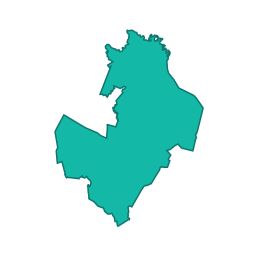 Rugāju pag., Rugaju, Latvia, rotated 107°
{"feature_id": "27541924B16016350792540", "entity_name": "Rugāju pag.", "entity_type": "district", "adm_level": 2, "iso_a3": "LVA", "parent_name": "Latvia", "parent_adm1": "Rugaju", "projection": "albers", "projection_center": [27.003, 57.014], "detail": "fine", "context": "isolated", "style": "filled", "palette": "teal", "viewbox_px": 256, "rotation_deg": 107, "n_neighbors": 0, "source": "geoboundaries", "source_scale": "gbopen_adm2", "svg_char_len": 5773}
<svg xmlns="http://www.w3.org/2000/svg" viewBox="0 0 256 256"><g transform="rotate(107 128 128)"><path d="M54.3,172.5L55.1,172.6L56.0,173.3L56.7,173.4L58.1,172.8L60.3,169.3L60.7,169.3L60.4,169.9L61.0,170.0L60.9,170.3L61.4,170.9L62.0,171.1L62.8,170.5L63.0,170.0L63.5,169.6L63.3,169.4L65.7,168.8L65.6,167.9L65.9,167.6L66.2,167.2L68.2,166.6L68.3,166.3L68.2,165.7L68.2,164.0L69.0,163.0L68.9,162.9L69.0,161.8L73.8,165.8L74.2,165.5L75.6,163.4L74.8,162.9L74.3,162.4L104.0,164.6L103.5,163.0L103.1,162.5L104.1,161.0L102.8,159.0L104.3,157.6L104.5,156.8L100.8,156.2L100.6,155.8L100.8,155.5L100.2,154.5L99.0,154.5L98.1,155.1L97.3,155.0L97.5,153.7L94.1,153.1L94.2,152.5L93.8,152.4L91.9,153.7L92.4,147.1L90.6,144.9L89.3,144.2L89.5,142.3L91.5,142.6L91.8,142.9L92.3,144.1L92.9,144.5L94.7,144.3L95.0,144.1L95.5,143.3L95.7,143.2L105.2,147.3L105.9,147.2L106.7,146.4L107.7,145.9L108.3,145.9L108.8,145.6L109.3,145.6L109.7,146.0L109.3,145.9L109.1,146.0L109.5,147.0L110.6,147.0L110.6,146.6L111.0,146.5L111.7,146.7L111.6,147.0L112.4,147.4L112.6,148.2L113.1,148.4L113.2,148.2L113.6,148.1L113.9,147.7L113.6,147.3L113.6,147.1L114.2,147.2L114.4,147.6L114.9,147.5L114.9,147.3L114.6,147.2L114.6,146.9L114.7,146.7L114.8,146.7L114.9,147.0L115.1,147.1L115.3,146.9L115.7,146.8L116.3,146.3L115.9,145.6L116.2,145.7L116.3,145.3L117.2,145.0L117.2,144.8L116.5,144.6L116.8,144.4L116.7,144.1L117.2,144.1L117.5,143.6L117.4,143.2L116.8,143.4L116.9,143.1L116.7,142.9L117.1,142.9L117.0,142.4L117.1,142.0L117.6,142.1L117.6,142.3L117.8,142.5L118.2,142.6L118.4,142.4L118.3,142.1L118.6,142.0L119.0,142.3L119.7,142.2L119.8,142.2L119.7,142.0L120.0,141.9L120.4,142.0L120.6,142.2L121.2,142.2L121.4,142.0L121.2,141.8L121.6,141.8L121.5,141.5L122.0,141.2L122.0,140.8L122.3,140.8L122.1,140.5L122.2,140.4L122.5,140.3L122.5,140.6L123.1,140.5L123.8,140.2L124.0,139.9L124.0,139.6L130.5,140.1L130.7,148.5L131.3,148.9L131.7,148.3L132.4,148.1L144.0,145.5L143.3,151.6L142.7,153.4L142.0,154.8L141.7,155.7L140.2,168.9L137.2,181.1L134.2,193.1L148.2,195.9L152.8,196.7L153.1,196.6L167.2,189.5L171.0,189.9L182.3,185.3L179.5,181.3L189.5,175.1L190.2,174.8L191.1,174.8L191.8,173.8L193.1,173.0L193.4,172.4L193.1,172.4L192.7,170.1L192.0,167.0L191.2,162.1L190.8,160.1L190.3,160.3L187.4,157.8L188.3,157.6L188.5,154.8L187.1,153.6L186.4,153.3L188.7,150.6L189.1,148.9L191.5,147.0L193.1,147.5L194.0,147.1L195.1,147.8L195.3,148.7L194.6,148.6L194.6,149.2L193.3,149.4L195.2,149.6L196.8,148.8L200.6,147.4L202.2,146.7L202.9,146.1L207.1,144.7L208.5,138.9L211.5,133.8L211.7,129.0L211.4,128.8L212.6,127.3L214.5,126.0L216.2,122.0L215.4,120.0L214.3,118.5L216.5,116.5L217.3,115.1L221.3,113.0L220.5,111.5L224.0,109.8L224.8,108.8L216.1,101.3L215.5,101.1L215.3,100.0L214.1,100.1L213.6,102.0L211.1,102.3L209.8,103.0L208.4,102.7L203.7,104.8L202.0,103.8L202.3,101.3L184.3,97.3L180.8,96.3L178.7,95.5L177.8,94.4L177.6,93.9L177.8,93.7L176.4,91.8L175.2,90.7L174.6,89.6L164.0,87.0L158.9,85.5L158.2,85.7L156.6,85.7L155.8,84.7L154.9,84.2L155.2,82.8L154.0,78.8L147.0,78.5L146.9,79.5L145.8,80.3L141.4,79.2L138.1,84.3L136.8,82.2L136.7,82.2L136.1,81.3L131.2,78.0L130.4,77.4L130.2,76.9L128.7,75.7L131.3,71.4L131.5,70.4L130.9,59.3L118.4,60.1L117.3,59.7L114.8,61.4L114.4,61.2L114.0,61.3L113.2,60.8L112.3,61.2L111.9,60.8L111.4,60.7L87.0,62.0L84.3,65.3L79.2,71.8L77.6,74.7L74.9,91.1L68.2,98.5L63.9,105.0L60.4,107.4L52.4,110.5L51.9,110.2L51.1,110.3L50.7,109.8L49.8,109.9L48.9,110.3L48.1,110.2L48.2,111.0L48.0,111.6L47.8,111.7L46.7,111.8L45.7,111.0L45.1,110.9L44.9,110.6L45.1,110.4L46.4,110.5L46.7,110.3L46.7,110.1L46.2,109.7L45.3,109.6L44.1,109.8L43.7,109.7L43.5,110.0L42.8,110.7L42.0,111.7L42.0,112.1L43.7,111.8L44.0,111.9L44.6,113.0L45.1,113.4L45.1,113.6L43.0,113.9L42.8,113.6L42.3,113.5L42.0,114.1L41.7,114.3L40.9,115.3L40.8,115.6L41.3,115.8L41.8,116.7L42.2,116.3L43.1,116.7L43.2,116.9L43.2,117.4L43.0,117.9L42.6,118.1L41.8,118.0L40.7,118.7L39.9,118.9L39.8,118.6L40.5,117.8L40.3,117.3L39.1,117.2L38.5,116.6L38.3,116.6L37.9,118.7L38.0,118.8L38.6,118.7L38.8,118.9L38.0,120.9L38.4,121.6L38.4,121.8L38.0,122.2L37.2,122.5L36.0,122.7L35.5,122.4L35.2,121.9L34.9,121.9L34.7,122.3L34.2,122.8L33.6,122.9L33.3,122.7L33.2,122.3L33.2,121.8L33.4,121.2L33.4,120.9L32.7,120.9L32.5,121.2L32.5,121.9L32.7,122.4L33.0,124.6L33.3,125.6L34.0,125.7L34.7,125.3L35.2,124.8L35.4,124.8L35.8,125.2L35.6,125.9L35.6,126.3L36.9,126.9L37.0,127.4L36.7,127.9L35.9,128.5L34.4,129.0L33.6,128.8L32.6,128.1L32.5,127.6L32.8,126.8L32.8,126.4L32.6,126.0L32.3,125.9L31.6,126.1L31.3,126.9L31.2,127.2L31.4,128.2L31.4,129.2L31.5,129.7L31.7,130.0L32.5,130.2L33.4,131.5L33.3,131.9L32.0,132.6L31.8,132.8L31.8,133.2L33.2,133.9L33.6,133.9L34.3,133.4L34.2,132.8L34.4,132.5L35.1,132.9L35.2,133.8L35.3,134.0L36.8,134.2L37.3,133.9L37.5,133.4L37.9,132.9L37.3,132.1L37.1,131.6L37.5,131.5L38.0,131.8L38.6,133.3L38.7,134.8L38.5,136.2L38.8,136.6L38.7,137.1L39.1,137.8L39.2,138.7L39.1,138.9L38.4,139.0L37.6,138.7L36.8,138.7L35.3,140.1L35.4,140.4L35.8,140.9L36.4,141.2L36.8,141.6L37.2,142.5L36.8,142.9L36.1,143.1L35.7,143.4L35.7,144.0L36.2,145.4L35.9,146.1L35.3,146.8L34.8,147.1L34.1,147.7L34.1,148.3L34.3,149.3L34.2,149.8L33.7,150.6L33.6,151.5L33.3,152.2L33.3,152.4L33.6,153.1L33.8,154.0L34.5,155.1L34.9,155.9L34.9,156.5L34.7,157.1L34.9,157.3L35.7,157.3L37.1,156.6L37.4,156.2L37.9,154.8L38.1,154.5L38.5,154.2L41.3,153.7L42.3,153.4L43.7,154.0L46.4,153.9L46.9,153.4L47.1,152.1L47.5,151.8L48.2,152.3L48.7,153.2L49.9,154.7L50.5,154.7L51.7,153.9L52.3,154.1L52.8,154.8L52.5,156.2L52.6,156.6L52.8,156.8L53.4,156.8L54.3,155.8L54.7,155.7L55.5,155.8L56.3,156.3L57.1,157.4L57.3,158.2L57.0,158.7L56.0,159.1L55.9,159.3L55.9,159.7L56.6,160.7L57.2,161.2L57.2,161.5L57.1,161.9L56.3,162.6L56.1,162.9L56.4,164.7L56.1,166.3L56.1,167.0L56.0,167.6L55.3,168.4L53.8,170.8L53.8,171.1L54.2,171.9L54.3,172.5Z" fill="#14b8a6" stroke="#0f766e" stroke-width="1.5"/></g></svg>